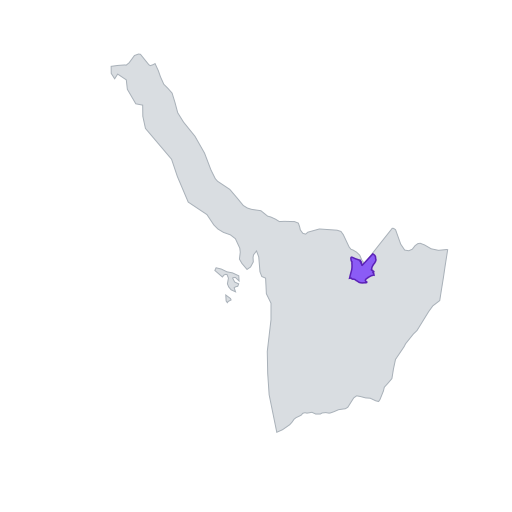 location of Shambuko, Gash Barka, Eritrea, rotated 195°
{"feature_id": "51966322B24942230220374", "entity_name": "Shambuko", "entity_type": "district", "adm_level": 2, "iso_a3": "ERI", "parent_name": "Eritrea", "parent_adm1": "Gash Barka", "projection": "mercator", "projection_center": [37.812, 14.923], "detail": "fine", "context": "in_parent", "style": "filled", "palette": "violet", "viewbox_px": 512, "rotation_deg": 195, "n_neighbors": 0, "source": "geoboundaries", "source_scale": "gbopen_adm2", "svg_char_len": 5909}
<svg xmlns="http://www.w3.org/2000/svg" viewBox="0 0 512 512"><g transform="rotate(195 256 256)"><path d="M72.5,311.7L70.7,294.9L69.4,283.7L68.2,271.8L67.0,260.5L72.3,253.6L74.8,247.1L81.2,225.7L83.8,221.4L88.8,210.0L89.5,206.7L94.5,192.2L94.0,182.6L93.0,172.8L95.7,167.1L98.1,162.5L98.0,158.6L99.1,149.5L99.9,147.2L102.8,147.1L108.9,148.2L113.4,147.3L118.6,147.3L122.6,147.0L124.9,144.2L128.2,133.6L130.3,131.5L131.9,130.9L136.5,128.9L140.4,125.8L143.6,123.6L144.8,123.1L148.1,122.8L151.5,121.5L153.0,120.0L157.3,118.8L161.5,119.5L164.3,118.2L166.1,117.4L168.2,117.3L170.2,116.1L171.0,114.2L172.2,113.0L175.5,110.2L177.0,108.2L177.7,106.2L178.3,104.6L179.7,101.9L185.4,95.1L190.3,91.1L207.4,125.4L214.3,145.6L220.4,166.7L225.0,198.2L229.3,214.3L236.2,222.2L241.0,237.1L245.1,237.7L248.1,241.8L253.1,255.8L256.8,261.0L258.7,256.5L258.5,253.9L257.1,249.6L258.4,244.0L261.2,240.7L267.7,245.2L271.2,248.7L272.2,255.6L273.7,259.4L280.4,267.4L286.2,269.8L293.6,270.4L299.8,272.2L304.8,275.1L314.1,283.3L335.4,290.5L352.5,312.4L362.6,327.6L395.8,350.6L401.5,361.7L404.5,372.4L411.5,371.9L423.4,383.7L426.9,392.6L436.7,395.9L438.4,390.6L443.1,394.9L445.0,401.7L438.8,404.3L431.9,406.7L430.9,406.6L428.6,409.7L425.3,418.2L421.7,420.7L419.8,420.9L409.0,413.0L407.4,412.5L405.0,414.1L403.3,415.7L398.3,409.7L394.7,404.4L389.5,398.0L384.6,395.2L379.2,391.6L374.0,383.3L368.7,374.1L360.7,366.6L345.9,355.8L332.3,342.0L321.9,327.6L315.3,320.1L312.4,318.2L298.5,313.5L288.9,306.9L281.4,301.5L276.8,300.1L272.4,299.9L263.0,301.0L255.1,297.5L251.8,297.5L246.6,296.6L242.4,295.3L237.6,296.8L227.7,299.2L223.6,298.7L221.3,295.3L220.0,292.7L216.6,290.0L213.7,290.0L212.1,292.4L201.8,298.5L184.4,301.9L180.3,301.7L177.2,299.2L168.4,288.8L165.9,287.0L163.9,286.9L159.8,285.7L156.0,283.6L152.7,279.4L149.3,276.9L145.7,285.3L139.4,300.0L136.0,307.8L131.6,318.0L130.3,318.3L128.0,317.5L119.3,304.9L113.9,300.2L109.8,300.6L106.8,303.0L105.0,307.2L102.9,309.8L100.7,310.8L96.0,310.3L88.7,308.3L81.2,308.7L73.5,311.6L72.5,311.7ZM276.9,227.5L279.2,230.6L280.9,230.3L282.1,229.2L283.0,227.0L292.0,231.4L291.5,234.3L286.1,234.4L280.0,233.2L274.3,233.6L267.5,232.4L265.9,227.5L270.3,229.9L272.5,229.2L272.9,228.6L269.8,225.3L265.5,224.6L265.8,222.0L267.7,221.0L268.9,219.7L266.5,216.1L271.3,216.9L274.4,219.1L276.4,221.7L276.9,227.5ZM273.2,204.8L275.1,210.5L269.6,208.3L268.7,207.1L271.1,204.9L271.6,203.5L273.2,204.8Z" fill="#d9dde1" stroke="#a8b0b8" stroke-width="1"/><path d="M137.1,268.1L137.2,268.3L137.3,268.6L137.4,269.0L137.5,269.2L137.6,269.3L137.8,269.5L138.0,269.7L138.0,269.9L138.2,270.0L138.3,270.2L138.5,270.2L138.8,270.3L138.9,270.5L138.9,270.8L138.9,271.0L138.7,271.1L138.4,271.1L138.2,271.1L138.1,271.3L138.2,271.5L138.3,271.5L138.6,271.6L138.8,271.6L139.1,271.9L139.3,272.0L139.6,272.2L139.7,272.3L140.2,272.2L140.3,272.2L140.5,272.2L140.7,272.3L141.0,272.5L141.0,272.8L140.9,273.0L140.9,273.4L140.9,273.5L141.0,273.9L141.0,274.0L141.0,274.3L141.1,274.7L141.1,274.9L141.0,275.6L140.9,275.7L140.9,276.2L140.8,276.5L140.7,277.1L140.7,277.3L140.5,277.5L140.4,277.8L140.4,278.1L140.3,278.3L140.2,278.4L140.2,278.6L140.1,278.8L140.0,279.1L139.9,279.3L139.7,279.6L139.6,279.9L139.6,280.0L139.5,280.3L139.5,280.5L139.4,280.9L139.3,281.0L139.2,281.4L139.2,281.5L139.1,282.2L139.1,282.4L139.1,282.7L139.1,282.8L139.1,283.0L139.1,283.3L139.2,283.5L139.3,283.6L139.4,283.8L139.5,284.0L139.7,284.3L139.8,284.4L139.8,284.5L139.8,284.8L140.0,285.0L140.1,285.3L140.1,285.6L140.2,285.8L140.3,286.0L140.4,286.3L140.5,286.4L140.7,286.5L140.8,286.8L141.2,287.1L141.7,287.5L142.9,288.0L143.7,288.3L151.0,274.5L151.3,274.5L151.5,274.7L151.5,274.8L151.5,275.0L151.5,275.3L151.8,275.5L152.0,275.6L152.0,275.8L152.3,275.8L152.4,276.0L152.6,276.2L152.6,276.3L152.8,276.4L152.7,276.5L152.8,276.7L152.7,276.7L152.7,276.8L152.6,277.0L152.8,277.1L153.0,277.2L153.0,277.3L153.0,277.5L152.9,277.6L153.0,277.7L153.3,277.8L153.6,277.7L153.7,277.8L153.7,278.0L153.8,278.1L154.0,278.0L154.0,278.4L154.0,278.5L154.2,278.9L154.3,278.9L154.9,278.9L155.5,278.8L157.7,279.0L159.5,279.1L161.1,279.4L163.2,279.7L163.8,279.2L163.7,278.1L163.3,277.1L162.8,276.0L161.8,275.2L161.5,273.8L160.8,271.7L160.3,269.6L160.0,267.6L160.0,265.3L160.0,261.7L159.9,259.8L159.9,258.7L159.7,258.8L159.3,259.0L159.1,259.1L158.9,259.1L158.7,259.1L158.4,259.2L158.1,259.2L157.9,259.0L157.9,258.9L157.6,258.8L157.3,258.7L157.1,258.6L156.8,258.6L156.6,258.6L156.3,258.7L156.2,258.8L155.9,258.9L155.6,258.9L155.4,258.9L154.8,258.9L154.5,258.9L154.3,258.8L154.1,258.8L153.8,258.7L153.6,258.6L153.4,258.5L153.2,258.4L152.9,258.2L152.7,258.2L152.4,258.1L152.2,258.1L151.8,258.0L151.5,257.9L151.4,257.9L151.2,257.8L150.7,257.6L150.4,257.5L150.2,257.4L149.9,257.4L149.6,257.3L149.5,257.2L149.4,257.2L149.2,257.2L148.8,257.2L148.6,257.2L148.4,257.2L148.2,257.2L148.1,257.3L147.9,257.3L147.6,257.3L147.0,257.4L146.8,257.4L146.6,257.4L146.5,257.5L146.3,257.5L146.2,257.6L145.8,257.7L145.5,257.8L145.3,257.9L145.1,257.9L145.0,258.0L144.8,258.1L144.7,258.1L144.4,258.2L144.2,258.2L143.9,258.3L143.7,258.3L143.4,258.5L143.2,258.5L142.9,258.7L142.7,258.7L142.5,258.8L142.4,258.9L142.2,259.0L142.0,259.3L141.9,259.4L141.7,259.5L141.9,259.5L142.1,259.6L142.4,259.7L142.6,259.7L142.8,259.8L143.0,259.8L143.3,259.9L143.4,260.0L143.6,260.2L143.7,260.3L143.9,260.4L143.9,260.5L144.0,260.6L144.1,260.9L144.1,261.1L144.0,261.4L144.0,261.5L144.0,261.8L143.9,261.9L143.8,262.1L143.7,262.2L143.6,262.4L143.5,262.5L143.3,262.8L143.1,263.0L142.9,263.3L142.7,263.6L142.5,263.8L142.4,263.8L142.2,264.1L142.2,264.3L141.9,264.4L141.8,264.6L141.7,264.7L141.6,264.8L141.4,265.0L141.2,265.2L141.1,265.3L140.9,265.5L140.6,265.8L140.4,266.0L140.2,266.2L140.0,266.3L139.9,266.4L139.8,266.5L139.6,266.7L139.5,266.8L139.4,266.9L139.2,267.0L138.9,267.1L138.6,267.3L138.4,267.4L138.3,267.5L137.9,267.7L137.8,267.8L137.6,267.9L137.4,268.0L137.2,268.1L137.1,268.1Z" fill="#8b5cf6" stroke="#5b21b6" stroke-width="1.5"/></g></svg>